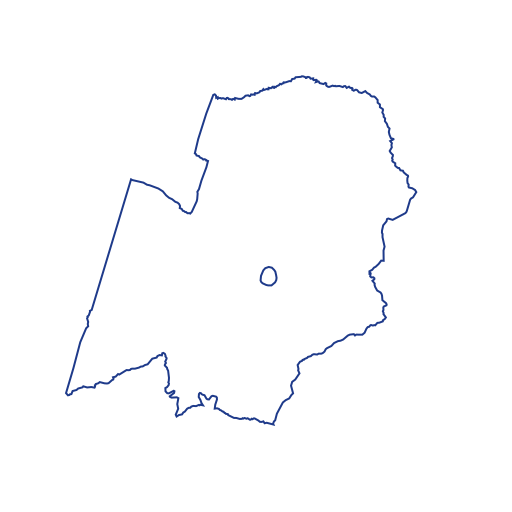 Kamonia, Kasaï-Occidental, Democratic Republic of the Congo (orthographic projection), rotated 108°
{"feature_id": "63176286B40120828568077", "entity_name": "Kamonia", "entity_type": "district", "adm_level": 2, "iso_a3": "COD", "parent_name": "Democratic Republic of the Congo", "parent_adm1": "Kasaï-Occidental", "projection": "orthographic", "projection_center": [20.742, -6.517], "detail": "fine", "context": "isolated", "style": "outline", "palette": "blue", "viewbox_px": 512, "rotation_deg": 108, "n_neighbors": 0, "source": "geoboundaries", "source_scale": "gbopen_adm2", "svg_char_len": 6069}
<svg xmlns="http://www.w3.org/2000/svg" viewBox="0 0 512 512"><g transform="rotate(108 256 256)"><path d="M66.8,223.5L67.2,224.7L68.5,225.6L68.5,229.2L69.9,232.5L69.7,233.3L70.3,234.2L70.3,235.8L72.5,238.5L72.8,239.6L72.4,241.4L72.0,242.0L70.2,242.5L70.0,243.6L71.6,244.9L71.9,248.9L70.7,250.3L70.7,250.8L72.1,252.8L70.0,252.6L69.8,253.2L70.9,255.4L70.6,256.2L69.4,256.5L70.5,258.9L69.5,260.2L69.6,261.9L70.0,262.7L71.0,262.9L71.3,263.6L70.7,264.2L70.6,266.5L70.9,267.9L71.7,268.6L73.8,273.6L75.4,274.1L76.5,276.3L79.0,276.8L79.4,278.4L81.8,281.6L82.3,283.3L83.2,283.2L83.6,284.1L84.9,284.9L84.8,286.3L86.5,287.0L88.2,288.9L89.4,289.4L89.4,290.9L90.5,290.8L90.6,291.6L90.1,292.6L91.8,293.6L92.1,295.9L93.6,295.6L93.9,296.3L93.7,297.2L95.7,299.8L95.1,300.6L96.9,301.2L97.8,303.0L99.2,303.3L101.1,305.5L101.3,307.2L103.1,307.1L103.1,308.5L103.6,308.9L103.8,310.6L105.5,310.9L106.0,311.6L105.6,313.1L106.8,315.5L108.6,316.4L111.0,318.3L111.9,321.0L112.2,324.7L113.8,324.6L113.5,325.9L113.8,326.5L114.9,327.1L114.6,328.1L115.2,330.4L114.6,330.9L114.4,332.0L114.8,332.7L116.2,333.0L116.1,336.2L117.0,337.6L116.7,338.4L117.3,340.1L118.1,340.9L116.8,341.5L117.9,342.7L115.8,343.6L115.0,345.2L116.0,346.4L135.8,347.3L162.7,347.1L177.3,345.9L177.6,344.7L178.8,343.6L178.6,341.1L179.5,340.0L180.0,337.0L180.6,336.0L179.8,334.7L180.1,332.9L180.6,332.8L180.5,331.0L186.9,330.6L201.1,331.2L210.0,330.9L213.1,331.6L214.6,330.8L220.1,329.5L222.3,329.3L233.9,330.7L236.0,331.7L235.8,332.5L236.5,334.4L235.8,336.1L236.1,336.9L235.5,338.5L235.6,339.6L234.2,341.2L234.0,343.3L231.9,343.7L230.4,345.1L229.5,347.1L229.4,349.5L227.9,353.3L227.5,356.7L226.1,360.2L223.3,364.6L222.0,369.7L221.6,379.0L221.9,381.7L221.0,385.7L222.0,397.2L221.7,398.5L358.1,395.6L359.5,397.0L360.4,396.6L364.2,396.7L365.6,397.6L366.2,397.1L367.5,397.4L370.6,395.2L372.6,395.0L374.7,393.9L377.2,395.2L392.3,396.5L419.0,395.0L445.1,394.3L446.6,391.8L445.8,390.5L445.0,390.2L444.4,388.9L441.1,388.7L438.9,385.3L437.0,384.2L434.5,380.4L433.3,380.0L433.2,376.0L431.5,372.1L431.1,368.9L430.0,368.7L428.7,369.3L427.9,368.7L427.3,368.8L425.8,366.7L424.2,365.6L423.9,360.7L423.3,358.3L422.5,356.9L418.4,354.5L417.6,353.6L416.6,353.6L415.5,354.5L414.1,352.2L410.9,350.7L411.0,349.4L404.5,343.9L403.9,341.6L403.2,340.5L402.2,340.1L401.4,339.0L400.5,336.2L398.3,332.8L396.8,331.4L396.0,329.6L394.0,327.9L392.5,325.6L385.7,322.9L383.3,319.1L381.6,318.8L380.0,317.1L379.6,314.8L377.5,315.1L376.8,314.2L377.2,312.5L378.6,311.3L379.5,311.1L380.6,309.6L381.3,309.3L384.5,309.7L385.6,308.6L387.3,309.1L388.3,308.9L389.8,306.1L391.2,305.3L392.1,304.2L398.8,301.1L402.0,300.3L403.2,300.4L404.1,299.4L405.8,299.2L408.2,300.1L409.6,301.4L412.7,300.2L413.9,298.0L413.6,296.5L409.6,292.6L409.8,291.8L411.6,291.6L416.1,294.7L416.5,294.4L416.8,292.6L414.9,287.7L415.2,285.9L421.2,285.1L425.3,282.8L431.7,283.3L433.2,281.9L431.1,280.2L429.5,277.4L427.3,276.8L426.0,275.6L422.5,274.3L421.2,273.1L420.6,271.6L419.2,271.0L418.0,269.4L417.3,266.6L415.3,264.3L415.4,263.5L414.7,263.0L414.4,260.3L412.7,262.4L410.2,264.3L407.8,266.9L404.9,267.6L403.6,267.1L403.5,266.0L404.2,265.0L404.4,263.8L404.3,262.0L407.0,259.0L407.3,258.0L407.0,256.4L403.1,255.0L402.3,253.9L402.1,250.5L402.7,249.5L404.5,248.8L409.9,248.8L413.9,248.1L412.9,246.0L412.9,244.0L413.6,242.8L413.6,241.6L414.3,239.6L414.1,238.8L415.0,237.4L414.9,236.7L415.4,236.0L415.1,233.9L415.9,233.3L416.8,227.0L416.1,224.6L416.0,221.2L415.3,219.2L414.4,218.5L414.6,217.9L413.6,216.8L413.7,214.8L412.9,213.8L413.6,211.2L413.3,210.5L412.1,209.8L412.3,208.9L411.1,207.9L410.9,207.1L411.7,203.0L412.5,201.0L412.0,199.2L411.0,197.9L412.4,196.1L411.3,194.3L410.9,187.3L410.2,187.9L409.3,187.9L407.8,187.8L406.4,187.0L399.5,187.4L387.0,185.2L383.9,183.2L381.2,180.4L377.3,179.4L375.2,178.3L368.5,182.6L364.5,182.7L361.4,180.5L354.2,178.4L351.7,180.6L350.3,180.7L346.8,182.7L343.0,181.5L341.5,179.8L340.4,179.6L339.9,178.4L339.2,178.3L337.0,175.8L335.9,175.4L334.3,172.9L332.5,171.9L331.5,170.6L330.8,167.4L329.5,166.2L328.6,163.5L327.4,162.3L325.7,161.3L323.1,160.9L321.7,160.0L318.3,156.5L314.7,154.9L311.7,151.8L310.4,149.4L308.5,147.3L303.3,144.1L301.8,142.5L300.1,138.8L301.0,137.3L299.8,136.4L298.0,130.6L295.4,129.0L291.0,128.5L289.1,127.8L288.3,126.5L286.7,125.9L286.1,125.3L286.0,123.3L285.2,122.2L285.1,121.2L282.1,119.9L281.3,118.1L279.0,115.2L277.9,115.4L276.0,114.0L274.3,113.5L271.9,116.8L270.8,117.0L269.3,118.3L268.0,118.1L265.7,119.0L264.6,118.9L262.6,116.7L261.7,116.8L260.7,117.7L259.0,122.1L254.7,123.9L253.2,125.0L252.2,126.3L251.4,130.1L248.7,133.0L246.9,134.3L245.5,134.6L243.6,137.6L241.6,136.3L240.6,136.5L240.0,137.7L240.7,139.7L240.1,141.1L237.0,141.6L236.7,142.2L237.9,142.2L238.0,142.5L235.5,143.4L233.2,141.2L230.6,140.2L229.3,138.9L225.7,136.9L221.7,135.5L221.1,133.1L211.4,136.4L207.4,136.6L199.0,141.5L195.9,142.5L195.0,143.4L192.9,144.0L187.5,144.5L182.7,142.6L180.4,142.8L179.5,141.8L179.4,137.2L169.1,127.2L167.7,126.6L166.3,126.5L154.8,126.8L153.4,126.3L151.7,124.8L145.7,123.3L144.1,125.1L143.3,128.3L143.6,131.7L143.0,132.4L140.9,132.9L139.8,134.4L137.6,135.4L135.1,136.1L133.4,135.9L132.6,136.3L132.3,137.9L130.8,141.4L129.5,142.6L129.9,145.1L128.1,147.1L128.4,148.4L127.4,151.0L127.0,151.6L124.8,152.2L124.0,155.1L123.3,155.9L122.1,155.8L120.8,156.9L119.0,156.7L117.6,157.0L116.1,159.9L114.8,161.3L110.7,160.4L108.6,161.5L106.7,161.6L105.2,163.9L102.6,161.3L102.2,161.5L102.3,164.1L99.5,166.5L97.0,168.0L93.5,168.4L92.4,170.5L89.8,172.4L87.9,175.1L85.3,175.7L84.2,177.6L82.3,178.2L80.5,180.2L77.9,180.3L77.1,180.8L76.2,184.1L73.6,185.0L72.6,187.7L70.1,188.5L68.2,191.6L67.8,193.0L68.5,194.9L68.2,196.3L67.2,197.7L66.6,200.8L65.4,203.0L68.3,205.8L68.5,208.6L67.0,211.0L66.9,211.9L67.1,212.7L68.6,214.1L68.2,215.9L66.8,216.0L66.5,216.7L67.0,218.3L66.2,219.9L68.1,221.7L66.8,223.5ZM273.3,245.1L267.4,244.6L264.7,243.4L262.5,240.5L262.2,237.3L263.6,234.5L264.9,232.8L267.9,231.0L270.4,229.7L272.7,229.3L275.2,229.7L279.2,232.2L280.2,235.4L280.4,237.3L279.9,241.3L279.1,243.0L277.8,244.1L273.3,245.1Z" fill="none" stroke="#1e3a8a" stroke-width="2"/></g></svg>